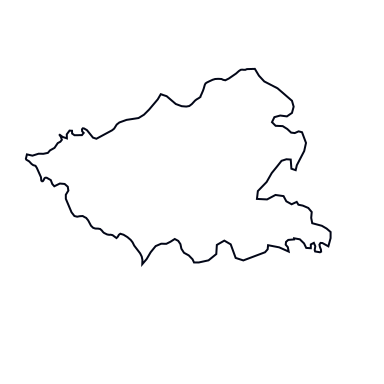 an SVG outline of Bács-Kiskun, rotated 62°
{"feature_id": "HUN-3161", "entity_name": "Bács-Kiskun", "entity_type": "County", "adm_level": 1, "iso_a3": "HUN", "parent_name": "Hungary", "parent_adm1": "", "projection": "natural_earth1", "projection_center": [19.36, 46.529], "detail": "fine", "context": "isolated", "style": "outline", "palette": "ink", "viewbox_px": 384, "rotation_deg": 62, "n_neighbors": 0, "source": "natural_earth", "source_scale": "10m", "svg_char_len": 2806}
<svg xmlns="http://www.w3.org/2000/svg" viewBox="0 0 384 384"><g transform="rotate(62 192 192)"><path d="M232.4,269.8L228.8,267.7L225.4,266.7L221.8,266.6L212.2,268.2L208.6,268.1L205.6,268.6L201.5,270.2L197.6,272.5L195.2,274.9L195.5,276.7L196.7,278.6L197.2,280.3L192.8,282.4L191.6,283.8L190.8,285.4L189.6,286.9L186.8,288.9L185.4,289.4L183.6,289.7L181.5,290.5L180.1,292.3L178.9,294.5L177.2,296.1L174.4,297.0L168.3,297.0L165.2,297.6L163.8,298.6L161.9,299.8L160.7,302.4L159.9,305.0L158.0,307.1L153.4,307.9L138.8,306.6L135.2,304.7L132.7,300.5L129.0,299.2L125.1,300.7L122.5,304.7L122.3,310.9L119.4,311.6L115.2,311.1L111.2,313.6L110.7,314.4L110.5,315.1L110.7,315.9L112.0,317.7L112.4,318.6L112.2,319.3L111.2,319.7L108.0,318.4L97.8,317.7L95.4,317.9L93.7,319.6L91.9,320.5L88.5,321.4L85.7,323.1L84.7,323.1L81.3,320.1L85.0,315.8L86.2,309.4L88.5,305.3L89.8,300.9L88.6,297.8L88.5,292.7L85.8,287.6L85.8,284.6L84.8,282.4L81.8,281.9L78.7,282.2L82.6,280.4L85.9,277.3L82.3,275.5L80.3,271.3L81.6,269.2L84.1,270.4L86.7,269.1L90.1,262.5L89.0,259.9L86.9,260.5L85.0,259.7L84.5,258.5L85.2,257.5L88.1,255.7L97.5,253.9L100.1,251.4L100.0,233.6L99.5,231.0L97.1,226.8L96.5,223.5L97.6,215.9L101.6,204.5L101.2,198.1L99.1,191.2L94.1,178.7L91.0,173.7L95.5,169.4L106.7,165.0L111.4,160.8L113.9,156.9L114.8,154.0L114.3,150.9L112.7,146.3L112.4,144.5L112.3,142.0L112.0,139.9L111.0,139.0L110.4,138.1L107.6,134.6L107.0,134.0L106.4,133.3L103.5,130.5L102.5,129.1L102.3,127.4L102.4,124.6L102.6,121.1L103.1,118.5L104.5,115.5L106.1,112.9L107.6,111.8L109.0,110.1L109.1,106.2L108.1,97.5L107.2,93.8L107.0,91.6L107.5,90.3L108.3,89.1L109.1,87.7L109.3,85.8L112.8,78.7L120.7,78.3L128.3,76.3L140.6,67.8L158.4,60.9L164.4,62.2L169.1,66.6L169.8,72.7L165.9,78.2L164.6,84.1L167.9,88.6L172.8,87.1L176.4,81.0L181.1,78.3L186.1,76.6L188.2,73.6L188.5,69.4L190.9,66.8L202.2,68.3L208.5,73.7L217.6,86.9L221.4,90.2L218.1,93.3L209.7,89.6L207.4,93.3L206.5,98.3L209.4,104.9L212.7,112.7L218.2,121.4L222.1,133.4L228.6,137.9L233.8,129.2L233.8,119.7L238.6,113.1L244.5,113.1L249.6,109.8L249.9,104.2L253.2,104.0L256.0,100.6L260.7,96.8L265.9,95.7L270.8,98.9L276.0,100.5L282.8,93.2L287.5,90.3L292.4,88.4L297.8,91.3L304.0,97.1L298.3,100.8L297.3,102.4L298.3,104.2L300.7,104.9L303.4,105.2L305.3,106.0L305.3,107.3L302.3,111.2L300.8,110.9L297.8,108.6L294.1,108.3L294.1,111.7L297.4,113.5L295.0,117.4L290.0,117.2L284.4,119.0L280.8,123.6L281.8,124.1L279.5,129.5L280.2,132.4L282.5,134.0L285.7,133.3L290.0,134.6L281.8,141.0L274.7,149.8L278.1,152.1L279.5,155.8L276.5,178.8L270.7,184.4L256.4,182.4L250.1,186.3L250.4,194.9L258.2,199.7L260.1,209.5L257.4,219.1L255.2,223.3L251.7,223.1L246.5,224.6L241.9,227.6L237.1,228.0L232.6,226.7L228.7,227.1L225.4,229.3L225.8,234.3L225.7,239.0L223.2,243.5L222.7,249.5L225.8,256.8L229.9,263.5L232.4,269.8Z" fill="none" stroke="#020617" stroke-width="2"/></g></svg>